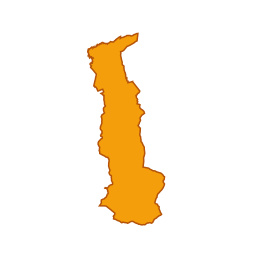 Malini, Suceava, Romania, rotated 309°
{"feature_id": "2599482B41732614853379", "entity_name": "Malini", "entity_type": "district", "adm_level": 2, "iso_a3": "ROU", "parent_name": "Romania", "parent_adm1": "Suceava", "projection": "natural_earth1", "projection_center": [26.022, 47.371], "detail": "fine", "context": "isolated", "style": "filled", "palette": "amber", "viewbox_px": 256, "rotation_deg": 309, "n_neighbors": 0, "source": "geoboundaries", "source_scale": "gbopen_adm2", "svg_char_len": 5651}
<svg xmlns="http://www.w3.org/2000/svg" viewBox="0 0 256 256"><g transform="rotate(309 128 128)"><path d="M113.1,187.1L113.0,186.0L113.5,184.7L113.6,183.5L113.6,181.8L112.0,178.1L111.6,175.9L110.5,174.4L110.2,172.4L109.8,171.2L109.8,169.4L107.1,164.3L108.2,163.6L112.0,161.2L114.9,158.7L116.4,158.2L118.8,157.0L122.3,153.5L123.3,152.7L124.0,150.9L125.6,147.7L125.6,146.9L125.9,146.4L127.0,145.6L127.9,144.4L129.2,143.2L129.6,142.1L130.5,141.1L132.6,139.9L135.6,137.7L135.7,136.1L135.9,135.6L136.1,135.2L136.1,134.3L138.5,133.9L139.6,133.4L141.6,133.0L142.3,132.4L142.6,131.8L142.9,131.4L143.8,130.9L146.7,130.7L149.8,131.6L150.8,130.1L150.9,129.8L151.1,128.2L150.9,126.3L151.1,124.7L151.4,124.2L152.0,123.5L153.6,122.7L153.4,121.8L152.5,119.9L153.4,119.4L154.6,119.0L154.6,118.3L154.9,117.9L156.0,117.7L156.3,117.3L156.9,115.4L158.0,114.3L158.1,113.9L158.3,113.8L159.4,114.1L160.3,113.9L160.9,113.9L162.1,114.3L163.4,114.2L164.2,113.8L166.7,102.9L166.6,102.7L167.1,102.3L165.6,101.3L163.2,99.5L164.1,98.9L164.4,98.5L164.0,98.1L164.1,97.4L164.2,97.2L166.1,95.6L165.3,95.3L165.6,94.9L166.3,94.3L166.8,93.5L167.6,93.0L168.1,92.4L168.6,91.6L169.0,91.4L169.6,90.0L170.9,88.2L171.7,87.5L172.3,86.7L172.9,86.5L173.3,86.1L173.6,85.6L173.6,85.0L173.5,84.4L173.6,84.0L174.1,83.1L175.6,82.0L176.4,80.7L180.0,76.3L181.2,75.7L182.2,74.8L182.6,74.2L184.0,75.2L185.5,75.8L190.7,75.9L193.6,77.4L198.0,79.1L200.1,79.5L201.4,80.2L207.7,76.2L207.1,75.7L206.6,75.1L205.5,74.8L204.4,73.9L203.6,73.8L201.8,72.9L201.3,72.2L201.3,71.6L199.3,69.0L198.1,68.7L197.0,67.9L195.5,67.3L193.7,65.7L192.9,65.6L194.4,64.6L193.2,64.0L188.8,62.9L188.5,63.2L187.2,62.6L186.6,62.8L185.8,62.6L185.4,62.3L185.3,62.0L184.4,60.7L184.1,60.0L183.3,60.0L182.3,59.7L181.7,59.6L180.8,58.9L180.7,59.0L180.2,59.1L180.2,58.9L180.4,58.7L180.1,58.3L179.9,57.7L179.3,57.3L179.2,56.9L179.2,56.5L178.2,55.7L178.6,55.3L178.7,54.9L178.4,54.3L178.2,54.1L177.4,53.9L177.4,54.1L177.2,54.1L176.5,54.0L176.3,54.1L176.1,53.9L176.3,53.7L176.3,53.4L175.7,53.1L174.9,53.1L174.9,53.3L174.6,53.3L174.3,52.9L174.0,52.0L173.8,51.9L173.7,51.7L173.3,51.9L173.0,51.8L172.8,52.1L172.6,51.6L172.3,51.4L171.6,52.1L171.0,52.0L169.3,50.9L169.7,50.4L168.5,50.4L168.8,50.2L168.4,49.4L167.9,48.8L167.3,49.0L167.0,48.7L166.3,48.8L165.5,48.3L164.9,48.3L164.9,47.9L164.6,47.6L164.4,47.8L163.8,47.7L163.1,48.1L163.4,48.5L162.5,48.7L162.1,48.6L161.7,49.0L161.6,49.3L161.7,49.6L161.4,50.1L161.0,50.4L160.9,50.8L160.4,51.0L160.1,51.3L160.2,51.5L160.9,52.0L160.4,51.9L159.2,51.5L158.9,51.8L159.7,52.5L159.7,53.3L159.1,53.0L158.7,53.5L158.8,53.7L158.4,53.7L158.3,54.1L159.3,53.9L160.2,54.6L159.4,55.1L159.3,55.5L159.8,56.1L160.5,56.3L160.4,57.0L159.4,56.5L159.0,56.5L158.8,56.9L157.6,58.6L157.3,58.7L156.9,58.5L156.5,58.6L156.2,59.0L156.2,59.3L155.8,59.4L155.4,59.2L155.3,58.3L155.1,58.2L154.6,58.0L154.1,58.1L153.5,58.6L153.3,59.7L153.1,60.2L153.2,60.5L152.4,60.7L151.7,60.6L151.5,61.0L151.2,63.5L150.5,66.9L150.2,68.3L150.1,68.8L150.1,69.1L149.7,69.6L148.6,70.3L146.2,71.4L145.8,71.8L144.1,72.5L139.2,74.9L139.5,75.4L139.5,75.7L139.3,75.9L139.3,76.2L139.1,76.4L139.4,76.5L139.4,77.7L138.9,79.3L138.5,79.8L137.8,81.4L142.2,83.9L140.8,86.4L140.0,86.2L139.6,86.3L139.3,86.3L139.0,86.1L138.2,85.3L137.8,85.2L138.1,87.1L138.1,87.6L137.8,88.1L138.2,88.8L138.1,89.0L137.3,89.4L136.3,90.4L134.7,91.5L133.6,93.1L131.7,94.8L131.2,95.4L131.2,96.3L131.0,96.5L130.6,96.7L129.1,96.4L127.9,96.5L127.3,97.1L126.7,97.4L126.0,98.4L125.5,99.0L125.0,100.2L122.9,99.9L122.4,99.6L121.9,99.5L121.4,99.6L121.2,99.8L120.1,99.9L119.7,100.3L119.3,101.2L118.2,102.3L117.9,102.7L116.6,103.4L115.8,104.3L115.4,104.6L111.5,105.9L110.0,106.9L109.7,107.4L109.4,109.0L109.2,109.6L108.8,110.1L107.8,110.8L107.5,111.2L107.1,111.3L106.5,111.0L105.8,111.4L105.2,111.2L105.1,111.3L104.5,112.0L104.9,113.3L104.8,113.7L103.9,114.4L103.6,114.5L102.2,113.8L101.0,113.9L99.0,113.7L97.6,114.2L96.3,115.3L96.1,116.0L95.6,116.8L95.3,118.0L94.8,118.4L93.6,119.0L92.7,119.9L92.3,119.8L92.1,120.1L91.9,120.8L90.4,122.1L91.1,126.0L91.5,127.3L91.5,129.0L92.5,131.0L91.8,132.1L91.7,132.5L91.8,132.9L91.3,133.3L91.1,133.6L89.4,134.7L89.0,134.8L86.8,136.5L86.3,136.8L85.0,138.6L84.0,140.3L83.5,140.7L81.4,141.3L80.7,142.3L80.4,143.0L80.2,143.6L80.4,145.0L80.2,145.4L79.1,146.0L78.5,146.8L76.8,148.3L76.1,149.7L76.0,150.1L75.7,150.6L74.5,151.4L74.2,151.4L72.8,150.3L71.7,149.9L71.3,149.7L70.4,149.9L68.6,149.8L68.2,149.5L67.7,148.4L67.3,147.8L66.7,147.9L67.5,149.4L67.3,150.3L66.7,151.6L66.1,151.9L65.8,152.7L64.5,153.8L63.7,153.6L62.6,153.9L61.0,154.5L60.6,154.5L59.7,154.2L58.0,154.1L56.5,153.1L55.2,152.6L54.0,153.5L53.6,154.0L52.9,154.4L52.0,154.6L49.5,154.8L52.0,157.8L53.4,159.8L53.6,160.9L53.6,171.3L52.2,172.3L51.7,172.1L50.2,172.1L50.2,172.7L49.5,173.3L48.3,173.9L48.4,174.4L49.1,175.5L49.5,178.0L50.2,179.9L50.4,180.8L50.3,181.8L50.5,182.9L51.2,183.0L51.8,183.5L52.2,184.6L53.6,186.8L53.7,187.6L54.6,188.1L54.9,188.3L56.4,188.7L57.7,189.6L58.5,190.5L58.9,193.4L59.2,194.0L59.2,194.5L59.8,195.4L59.8,196.6L60.3,197.3L60.7,198.3L61.6,200.0L62.6,200.7L63.2,201.7L63.6,202.1L65.6,202.5L66.4,202.9L67.1,203.7L67.9,204.1L68.4,205.0L68.7,205.9L69.0,206.3L70.5,206.6L71.1,206.3L71.9,206.3L73.2,205.9L73.8,205.9L76.1,206.8L77.1,206.8L79.6,207.5L80.6,208.2L82.1,208.4L82.9,206.1L83.3,205.6L84.7,203.0L86.5,201.6L86.4,200.8L86.5,199.8L87.1,199.1L87.2,198.8L86.7,197.5L86.6,196.7L87.0,195.7L88.1,195.3L90.7,194.2L91.6,194.1L92.5,194.1L93.5,193.3L94.4,193.0L95.7,192.7L96.2,192.7L97.2,192.9L99.1,192.9L101.0,193.1L103.0,193.0L104.8,192.6L106.9,191.9L107.4,191.6L107.6,191.4L108.0,189.6L108.6,189.2L109.0,188.5L110.6,188.6L113.1,187.1Z" fill="#f59e0b" stroke="#b45309" stroke-width="1.5"/></g></svg>